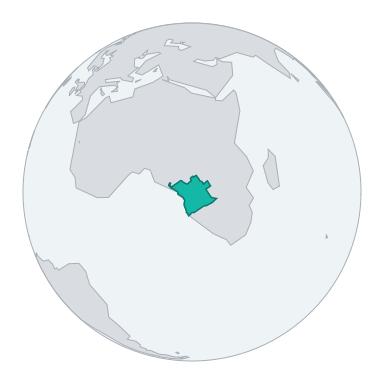 Angola highlighted on a globe, orthographic projection, rotated 326°
{"feature_id": "AGO", "entity_name": "Angola", "entity_type": "country or territory", "adm_level": 0, "iso_a3": "AGO", "parent_name": "Africa", "parent_adm1": "", "projection": "orthographic", "projection_center": [17.424, -11.224], "detail": "fine", "context": "on_globe", "style": "filled", "palette": "teal", "viewbox_px": 384, "rotation_deg": 326, "n_neighbors": 0, "source": "natural_earth", "source_scale": "50m", "svg_char_len": 8764}
<svg xmlns="http://www.w3.org/2000/svg" viewBox="0 0 384 384"><g transform="rotate(326 192 192)"><circle cx="192" cy="192" r="169" fill="#eef3f6" stroke="#a8b0b8"/><path d="M96.1,52.9L95.3,53.5L92.8,55.3L88.9,58.1L96.1,52.9ZM78.9,66.4L77.4,67.9L76.0,69.2L78.9,66.4ZM26.7,157.2L27.0,155.6L26.4,159.2L28.9,155.2L28.2,157.6L30.0,166.1L35.0,168.0L36.1,174.3L35.2,179.1L37.6,179.3L37.7,182.2L49.8,182.6L58.3,187.9L59.5,198.2L55.4,211.6L58.6,237.9L53.0,249.2L56.2,259.9L60.0,276.9L56.0,277.8L62.0,284.4L63.7,289.7L62.5,291.4L66.4,296.6L65.7,297.6L69.1,300.3L74.2,308.2L80.0,312.9L85.3,319.1L89.1,321.7L88.8,322.0L90.1,323.6L92.3,325.3L88.7,323.9L80.6,317.6L76.7,313.7L76.2,313.7L67.2,303.8L68.9,306.2L57.4,292.6L49.4,280.3L33.1,246.7L30.8,240.8L28.9,236.3L26.0,223.3L24.0,210.1L23.1,196.9L23.3,183.6L24.4,170.3L26.7,157.2ZM96.9,327.3L90.0,324.8L92.9,325.7L89.7,322.3L95.2,324.8L96.9,327.3ZM89.7,318.3L89.1,316.0L90.4,316.6L91.2,318.4L89.7,318.3ZM236.7,29.1L243.7,31.2L246.8,32.4L247.9,32.8L246.0,31.9L239.4,29.8L250.7,33.6L261.7,38.1L272.4,43.4L282.7,49.4L292.5,56.1L301.8,63.6L310.5,71.6L318.7,80.2L326.3,89.4L333.1,99.1L339.3,109.3L344.8,119.9L349.5,130.8L353.4,142.0L356.5,153.5L358.8,165.2L358.9,165.9L358.3,162.1L355.0,149.5L357.1,160.8L359.7,173.5L360.7,186.4L359.8,180.6L358.5,169.2L357.3,164.4L355.7,154.3L351.1,138.1L350.1,139.0L348.3,133.1L341.8,119.5L339.3,120.6L336.7,132.2L339.3,147.2L337.1,152.8L326.8,128.7L321.2,114.2L318.2,114.5L307.1,101.3L289.8,97.3L286.8,93.7L283.6,94.7L275.7,90.5L270.9,84.8L266.4,84.7L279.1,99.7L283.9,100.2L287.1,95.4L289.8,100.8L297.4,106.6L291.0,118.1L264.4,126.9L260.9,115.7L236.1,86.3L236.4,83.4L236.2,83.1L235.9,82.5L234.5,87.2L229.9,82.0L244.1,101.2L246.9,109.8L264.1,127.5L262.7,129.2L267.9,133.2L283.7,130.7L283.9,134.5L277.1,151.5L254.5,175.1L257.0,193.2L254.6,208.8L239.4,218.6L239.7,231.2L231.8,235.3L230.6,242.6L223.6,250.2L212.4,257.5L194.3,257.8L194.0,251.0L186.2,238.2L175.7,208.2L181.1,194.5L179.8,184.2L166.7,162.7L169.6,150.6L165.9,145.8L158.3,147.5L153.9,142.1L149.3,142.3L119.7,149.8L110.3,143.7L98.2,123.8L103.2,114.4L103.4,105.0L137.6,70.6L145.7,71.2L173.5,65.6L177.1,66.4L174.7,72.7L196.2,80.1L202.2,74.6L220.9,79.3L232.8,79.7L235.5,68.1L216.0,67.1L211.8,61.6L226.8,57.6L243.7,59.6L242.6,57.6L231.2,52.5L234.4,49.5L227.2,50.6L230.6,52.6L226.2,53.6L222.8,51.8L224.1,50.7L218.8,49.6L214.1,56.0L217.1,58.8L203.7,59.9L207.4,64.9L204.0,67.3L196.5,59.8L196.7,57.2L183.2,50.4L181.8,53.1L194.4,60.0L190.8,59.5L188.9,64.1L187.5,60.2L174.1,52.9L161.5,55.5L146.6,68.2L139.0,70.2L132.1,69.0L136.3,57.5L152.8,54.4L154.5,51.1L150.2,47.4L155.6,47.1L155.8,45.4L162.0,44.5L169.7,40.2L175.8,39.4L177.8,35.2L181.2,34.4L179.0,37.0L180.8,38.7L195.8,38.1L198.5,37.2L198.6,34.7L202.7,35.2L200.9,32.9L209.1,32.3L197.6,31.4L197.5,29.3L201.9,28.0L199.8,27.3L192.6,29.6L191.6,30.8L194.0,32.0L189.5,36.1L184.5,37.0L181.4,32.7L174.1,33.8L174.9,30.6L193.8,25.1L202.2,24.7L218.0,27.4L216.6,28.1L210.2,27.3L217.0,29.6L216.0,28.6L219.4,29.3L220.1,28.1L222.6,28.6L219.1,26.9L222.2,27.4L224.4,28.4L228.1,27.9L234.3,29.1L233.9,28.8L231.8,28.1L241.1,30.5L240.4,30.3L237.1,29.3L233.6,28.3L232.0,27.8L236.7,29.1ZM126.9,86.2L126.2,88.9L126.9,86.2ZM262.5,68.8L272.0,70.7L266.2,63.3L269.4,63.6L266.2,61.2L265.7,62.8L257.7,56.5L261.3,55.5L259.3,52.8L256.0,52.1L250.8,55.2L262.2,63.8L260.7,66.3L262.5,68.8ZM29.0,155.0L29.1,156.4L28.5,157.0L29.0,155.0ZM32.5,136.4L32.0,138.0L32.5,136.4ZM32.3,136.7L32.3,136.8L32.1,137.4L32.3,136.7ZM86.0,60.8L82.7,63.9L84.2,62.4L81.7,64.4L81.7,64.0L91.6,56.2L87.1,59.6L86.0,60.8ZM151.2,39.0L153.6,39.4L151.7,41.3L143.9,43.7L146.6,40.9L151.2,39.0ZM157.4,39.8L156.5,35.6L161.3,34.4L158.8,35.7L162.0,35.4L158.8,37.4L164.2,40.9L162.9,42.9L149.4,45.4L154.5,43.3L151.9,42.7L157.4,39.8ZM145.9,31.5L145.5,30.9L156.3,28.9L155.4,29.8L147.6,31.8L144.1,32.1L145.9,31.5ZM167.2,24.9L165.3,25.2L164.6,25.3L160.2,26.1L159.0,26.5L157.5,26.7L156.7,27.2L155.3,27.2L152.4,28.0L155.3,27.5L133.0,33.9L124.7,37.3L118.5,40.3L117.0,40.7L119.9,39.2L131.3,34.3L143.0,30.3L155.0,27.1L167.2,24.9ZM180.8,63.9L183.5,64.0L187.6,63.6L186.5,66.8L180.8,63.9ZM171.5,58.9L173.8,58.3L174.3,62.0L171.5,62.1L171.5,58.9ZM174.7,55.1L173.9,58.0L172.7,56.5L174.7,55.1ZM181.2,36.6L183.7,36.2L184.1,36.7L182.9,37.7L181.2,36.6ZM194.1,23.1L191.8,23.1L189.6,23.1L190.3,23.1L189.3,23.1L194.1,23.1ZM232.5,69.8L229.3,71.9L227.4,70.7L228.9,70.2L232.5,69.8ZM207.0,68.7L213.0,70.3L206.6,69.6L207.0,68.7ZM195.2,23.1L194.0,23.1L196.5,23.1L195.2,23.1ZM279.4,302.8L279.1,305.6L277.2,305.3L279.4,302.8ZM280.9,208.9L267.8,236.0L260.6,235.4L260.2,226.8L265.7,210.1L274.4,206.3L279.0,199.2L280.9,208.9ZM359.3,215.5L359.4,214.9L359.6,210.6L360.0,208.2L359.9,210.7L359.3,215.5ZM360.0,208.0L359.8,196.6L356.4,169.3L357.7,171.2L360.6,189.6L360.5,191.8L360.7,200.1L360.0,208.0ZM340.0,148.9L343.2,159.1L341.6,159.9L340.0,148.9ZM222.3,25.8L222.0,25.7L223.5,26.2L227.9,27.3L221.2,26.0L218.9,25.2L219.8,25.3L222.3,25.8ZM330.4,288.9L330.5,288.7L330.8,288.3L330.4,288.9Z" fill="#d9dde1" stroke="#a8b0b8" stroke-width="1"/><path d="M210.9,191.2L211.0,191.6L211.0,192.1L211.0,192.5L211.0,192.8L211.0,193.1L210.9,193.3L210.9,193.7L210.9,194.1L210.8,194.5L210.8,194.8L210.9,195.5L210.7,196.1L210.6,196.4L210.5,196.7L210.5,196.8L210.8,197.3L210.7,197.4L210.4,197.4L209.8,197.4L209.0,197.4L208.1,197.4L207.3,197.4L206.5,197.4L205.7,197.4L205.1,197.3L205.1,197.8L205.0,198.7L205.0,199.7L205.0,200.6L205.0,201.6L205.0,202.5L205.0,203.5L204.9,204.4L204.9,205.4L204.9,206.0L205.1,206.9L205.3,207.9L205.5,208.0L205.8,208.2L206.2,208.6L206.4,208.9L206.9,209.4L207.6,210.0L208.2,210.6L208.7,211.1L207.8,211.2L206.6,211.4L205.7,211.6L204.7,211.8L204.0,211.9L203.2,212.0L202.8,211.9L202.3,211.9L201.8,212.0L201.3,212.0L201.0,212.0L200.6,211.8L200.3,211.6L199.8,211.6L199.0,211.6L198.2,211.6L197.5,211.4L197.0,211.4L196.6,211.4L196.3,211.4L195.9,211.3L195.6,211.1L195.3,210.7L195.0,210.3L194.9,210.3L194.8,210.2L194.7,210.2L193.9,210.2L193.2,210.2L192.7,210.2L191.6,210.2L190.6,210.2L189.5,210.2L188.4,210.2L187.3,210.2L186.3,210.2L185.2,210.2L184.1,210.2L183.5,210.2L183.0,210.2L182.4,210.3L182.3,210.2L182.2,210.2L181.8,209.9L181.5,209.8L181.1,209.5L180.9,209.2L180.7,209.1L180.3,209.1L180.0,209.0L179.8,209.0L179.4,209.1L179.1,209.3L178.9,209.4L178.6,209.6L178.3,209.7L177.8,209.7L177.6,209.8L177.3,209.7L177.1,209.6L176.8,209.6L176.5,209.8L176.0,209.9L176.1,208.8L176.2,208.3L176.2,207.7L176.1,206.2L175.9,205.7L176.2,205.5L176.3,205.4L176.5,205.1L176.7,204.8L176.8,204.0L177.3,202.2L177.6,200.4L177.9,199.6L178.0,198.6L179.0,197.4L179.2,196.7L179.7,196.3L180.5,195.9L181.0,195.2L181.2,194.7L181.5,193.8L181.5,192.8L181.7,191.6L181.6,191.2L181.3,190.7L181.3,190.3L181.0,190.0L180.7,189.7L180.6,189.2L180.1,188.5L180.0,188.0L179.8,187.6L179.7,187.2L179.6,186.7L179.4,186.2L179.1,185.7L179.3,185.3L179.4,185.2L179.3,185.3L179.3,185.5L180.2,184.6L180.2,184.4L180.2,184.2L180.2,183.7L179.4,181.9L178.7,180.3L178.5,179.5L177.7,178.5L177.3,177.8L177.1,177.3L176.9,177.1L177.0,177.0L177.7,176.9L178.4,176.7L179.1,176.4L179.6,176.3L179.9,176.4L180.0,176.3L180.9,176.3L181.3,176.3L181.9,176.3L182.3,176.3L182.5,176.3L183.1,176.3L183.9,176.3L184.2,176.3L185.2,176.3L186.1,176.3L187.0,176.2L188.0,176.2L188.7,176.2L189.1,176.3L189.4,176.5L189.5,176.7L189.6,176.8L189.7,177.0L189.9,177.1L189.9,177.3L189.9,177.6L189.9,178.0L190.0,178.4L190.2,178.9L190.5,179.4L190.7,179.7L190.6,180.0L190.7,180.3L190.9,180.6L191.1,180.8L191.5,181.4L192.0,182.1L192.3,182.7L192.5,182.8L193.0,182.7L193.4,182.7L193.7,182.8L193.8,182.8L194.2,182.6L194.7,182.5L195.1,182.4L195.3,182.3L195.6,182.3L196.3,182.5L197.0,182.5L197.6,182.4L197.7,181.7L197.8,181.2L198.0,181.0L198.0,180.7L198.0,180.4L198.2,180.0L198.5,179.7L199.2,179.5L199.5,179.5L200.1,179.4L200.9,179.4L201.3,179.4L201.1,180.0L201.2,180.3L201.3,180.4L202.2,180.4L203.0,180.5L203.9,180.5L204.6,180.5L204.8,180.6L204.9,180.9L204.9,181.4L204.7,182.2L204.8,182.9L205.0,183.6L205.0,184.6L204.9,185.3L204.8,186.0L204.8,186.9L204.9,187.3L205.1,187.7L205.5,188.1L205.8,188.6L206.1,189.3L206.1,189.7L206.1,189.8L206.1,190.1L206.1,190.5L206.1,190.8L205.8,190.9L205.7,191.1L205.9,191.5L205.9,191.8L206.0,191.9L206.0,192.0L206.4,191.9L206.6,191.7L206.8,191.6L207.2,191.6L207.6,191.7L208.3,191.8L208.6,191.7L209.3,191.4L209.5,191.4L209.7,191.5L210.1,191.6L210.5,191.6L210.7,191.4L210.8,191.2L210.9,191.2ZM179.2,172.7L179.2,172.8L178.9,172.9L178.5,173.0L178.1,173.5L177.8,173.7L177.8,173.8L177.6,173.9L177.4,174.0L177.5,174.1L177.6,175.0L177.6,175.8L177.2,175.9L176.9,176.0L176.7,176.0L176.6,175.7L176.6,175.4L176.7,175.2L176.6,174.8L176.4,174.4L176.2,173.9L176.3,173.7L176.6,173.3L176.7,173.2L177.0,173.1L177.2,172.8L177.2,172.7L177.5,172.6L178.0,172.4L178.2,172.2L178.4,172.1L178.6,172.1L178.9,172.5L179.1,172.7L179.2,172.7Z" fill="#14b8a6" stroke="#0f766e" stroke-width="1.5"/></g></svg>